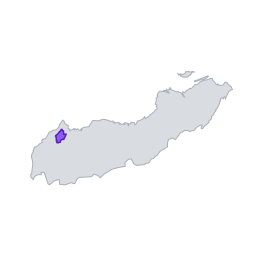 Överkalix, Norrbotten, Sweden (highlighted), rotated 232°
{"feature_id": "70781695B62511504929607", "entity_name": "Överkalix", "entity_type": "district", "adm_level": 2, "iso_a3": "SWE", "parent_name": "Sweden", "parent_adm1": "Norrbotten", "projection": "mercator", "projection_center": [22.529, 66.493], "detail": "fine", "context": "in_parent", "style": "filled", "palette": "violet", "viewbox_px": 256, "rotation_deg": 232, "n_neighbors": 0, "source": "geoboundaries", "source_scale": "gbopen_adm2", "svg_char_len": 4854}
<svg xmlns="http://www.w3.org/2000/svg" viewBox="0 0 256 256"><g transform="rotate(232 128 128)"><path d="M83.4,186.1L83.9,187.9L85.2,187.6L85.7,186.4L86.3,182.6L85.4,178.4L86.5,176.9L87.2,174.5L88.9,173.8L91.2,171.1L91.4,168.2L91.9,166.1L90.0,159.7L89.8,158.1L92.7,157.2L94.0,152.9L92.0,150.1L88.8,147.4L89.9,138.8L88.5,134.1L88.7,132.1L88.5,129.0L89.3,127.7L87.7,123.1L89.2,119.9L89.0,118.3L93.4,111.7L96.3,110.5L101.7,111.5L103.0,108.9L103.0,107.5L102.5,104.1L99.5,102.2L102.8,96.1L105.4,90.1L105.9,84.1L106.5,81.6L105.8,75.7L109.4,75.0L112.5,72.6L112.1,69.3L119.1,59.1L119.3,57.3L118.8,55.5L117.1,52.3L117.6,50.8L119.5,49.9L120.4,48.5L121.8,43.5L125.7,39.5L129.9,42.1L131.7,37.6L131.6,31.3L133.2,30.6L144.5,34.6L146.5,32.3L144.5,31.0L146.5,28.5L147.0,26.9L147.2,25.0L147.1,24.0L145.6,21.6L149.2,21.3L151.1,22.4L151.3,23.9L159.0,31.5L165.1,34.4L166.8,36.5L167.4,38.9L168.4,39.0L169.5,41.1L170.7,42.3L169.7,43.8L169.7,47.2L170.0,48.8L169.4,51.6L171.4,52.3L171.7,54.1L170.6,55.8L170.7,57.7L173.2,63.5L172.5,65.4L172.3,67.8L171.1,69.5L170.9,71.3L171.1,73.5L171.5,74.6L172.6,75.4L174.4,81.4L172.5,81.8L171.1,81.0L167.7,81.7L166.9,82.6L164.3,80.2L162.8,81.6L161.9,80.4L161.1,82.3L160.8,85.0L159.6,84.8L160.1,85.8L158.4,86.1L158.3,86.5L158.6,87.2L158.1,88.0L155.9,88.2L155.6,89.1L156.2,90.1L156.2,90.7L154.8,89.8L155.8,91.7L156.0,93.0L152.9,98.4L153.9,99.8L154.7,102.8L155.6,104.1L155.2,105.5L152.0,108.8L150.2,113.9L146.2,117.2L144.1,118.0L142.8,120.4L141.2,119.7L141.1,121.0L140.1,120.2L139.3,122.2L137.9,124.0L136.3,123.7L136.1,124.0L136.6,124.5L134.8,124.9L134.3,126.7L132.9,127.2L132.7,127.8L134.1,127.9L133.8,129.3L132.3,130.1L131.7,131.0L131.0,131.0L131.2,130.3L130.1,130.3L129.8,129.5L129.6,129.7L130.3,132.1L129.8,133.0L130.8,133.9L128.0,136.3L126.3,135.4L126.1,136.1L126.4,138.0L127.9,139.6L127.0,140.6L126.0,145.2L126.7,147.9L124.8,147.3L124.9,148.3L124.3,149.6L124.5,151.3L124.3,152.5L124.8,153.5L124.5,154.0L124.8,158.8L125.3,160.9L125.1,162.5L125.9,163.3L127.6,163.5L128.1,164.9L130.2,164.1L131.6,166.7L134.5,168.9L134.3,170.4L136.1,171.4L137.1,173.4L137.5,175.0L137.4,176.0L134.6,178.7L132.5,180.5L130.2,181.6L130.3,182.0L131.4,182.2L134.1,180.9L134.9,182.1L133.4,182.6L133.1,184.1L132.5,185.1L126.6,188.6L125.8,189.7L123.2,191.4L118.5,191.3L117.8,191.6L121.8,192.3L122.8,193.6L120.9,194.4L121.7,197.4L121.2,198.1L121.2,201.4L120.5,201.4L120.2,202.8L120.5,206.0L120.9,206.9L120.7,207.9L119.6,210.1L120.0,212.6L118.7,217.3L117.3,220.0L116.2,223.6L115.0,224.9L113.6,224.1L111.4,224.5L107.5,224.4L107.1,224.7L107.4,226.0L106.0,225.8L103.5,228.6L103.4,229.9L104.4,232.4L103.2,234.1L100.6,233.7L97.1,234.7L94.0,233.9L94.4,233.0L94.7,229.7L91.1,222.7L92.7,223.4L93.4,223.1L92.4,220.8L93.8,220.7L94.3,219.8L94.0,218.5L92.8,217.9L91.8,215.8L90.7,214.8L88.8,210.6L88.1,207.7L87.4,207.9L86.8,204.6L85.8,204.1L85.6,200.6L84.5,200.3L83.8,198.7L83.7,195.7L82.4,195.3L82.5,193.8L82.1,188.5L81.6,186.8L82.0,185.5L82.7,185.4L83.4,186.1ZM138.2,202.5L137.6,202.8L137.2,203.7L136.3,204.2L136.1,207.2L137.0,208.3L136.1,208.8L135.5,210.3L133.9,211.4L133.2,212.4L132.9,213.8L131.5,214.6L132.5,212.4L131.2,210.0L131.6,209.1L131.5,206.2L134.3,202.5L135.6,202.1L136.2,202.5L136.5,201.6L136.9,201.4L138.2,202.5ZM120.0,222.7L119.3,223.3L119.1,222.5L119.2,219.1L120.7,215.1L121.4,214.8L123.3,209.4L123.5,209.0L124.2,209.3L123.7,209.9L123.7,210.8L122.5,213.7L122.2,215.6L121.8,216.1L120.0,222.7ZM138.7,201.3L138.6,202.1L137.9,201.5L138.6,200.5L140.0,200.8L138.7,201.3ZM135.5,179.2L134.6,180.5L134.4,180.0L134.6,179.3L135.5,179.2ZM133.5,186.2L133.0,186.3L133.3,185.4L133.9,185.2L133.5,186.2Z" fill="#d9dde1" stroke="#a8b0b8" stroke-width="1"/><path d="M160.1,63.0L159.7,63.5L159.3,63.9L159.2,64.2L159.2,64.7L158.9,65.3L158.8,65.5L158.6,65.8L158.6,66.0L158.9,66.3L159.2,66.6L159.4,66.9L159.5,67.2L159.7,67.5L159.6,68.5L159.5,69.4L159.4,69.9L159.1,70.0L158.8,70.0L158.7,70.1L158.6,70.3L158.6,70.5L158.8,70.7L158.9,71.0L159.0,71.2L159.1,71.5L159.5,72.2L159.8,72.8L160.1,73.4L160.3,73.8L160.6,74.3L160.8,74.7L161.0,75.1L161.1,75.3L161.3,75.4L161.5,74.9L161.7,74.7L161.9,74.6L162.1,74.3L162.2,74.1L162.3,73.8L162.5,73.6L162.8,73.6L162.9,73.8L163.2,73.9L163.4,74.1L163.8,74.3L164.2,74.5L164.4,74.7L164.7,74.9L165.0,74.9L165.3,75.1L165.5,75.3L165.8,75.1L165.9,74.9L166.1,74.8L166.7,74.9L167.7,75.0L167.8,74.3L167.8,73.8L167.6,73.6L167.5,73.4L167.3,73.0L167.2,72.7L167.0,72.4L167.0,72.1L167.4,71.8L167.4,71.7L167.1,71.3L167.0,71.1L166.9,70.8L166.8,70.2L166.7,69.2L166.5,68.3L166.5,67.2L166.4,66.8L166.5,66.4L166.4,66.3L166.3,66.1L166.2,66.2L165.8,66.2L165.7,66.0L165.5,65.9L165.2,65.7L164.8,65.5L164.5,65.3L164.2,65.1L163.9,65.0L163.5,64.7L163.2,64.6L163.0,64.4L162.6,64.2L162.3,64.2L162.2,64.1L162.1,63.9L162.0,63.6L161.8,63.5L161.7,63.6L161.3,63.6L161.1,63.6L160.9,63.4L160.7,63.2L160.3,63.1L160.2,63.0L160.1,63.0Z" fill="#8b5cf6" stroke="#5b21b6" stroke-width="1.5"/></g></svg>